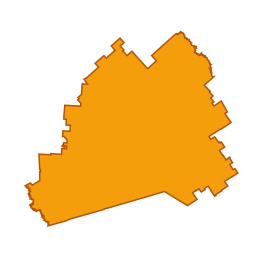 Cobar, New South Wales, Australia (Robinson projection), rotated 86°
{"feature_id": "25037944B19938962930750", "entity_name": "Cobar", "entity_type": "district", "adm_level": 2, "iso_a3": "AUS", "parent_name": "Australia", "parent_adm1": "New South Wales", "projection": "robinson", "projection_center": [145.926, -31.966], "detail": "fine", "context": "isolated", "style": "filled", "palette": "amber", "viewbox_px": 256, "rotation_deg": 86, "n_neighbors": 0, "source": "geoboundaries", "source_scale": "gbopen_adm2", "svg_char_len": 5678}
<svg xmlns="http://www.w3.org/2000/svg" viewBox="0 0 256 256"><g transform="rotate(86 128 128)"><path d="M196.8,39.3L192.8,32.5L188.0,35.4L180.6,21.5L176.0,24.2L176.9,25.9L171.5,29.0L169.9,26.1L165.8,28.4L164.3,28.5L164.2,28.9L164.8,29.8L165.3,30.1L166.4,31.9L166.7,32.0L166.6,32.7L166.0,32.7L161.5,35.3L161.6,35.6L156.8,38.3L153.8,32.9L148.7,35.7L149.3,36.8L148.9,37.3L148.2,37.4L148.9,38.4L142.9,42.2L145.1,46.1L142.1,47.8L135.2,35.2L135.5,35.0L129.7,24.8L120.2,30.4L119.0,27.7L107.6,33.1L112.0,40.6L109.3,42.5L107.8,40.5L104.0,43.5L101.9,40.9L98.0,44.3L97.3,43.4L90.6,48.9L82.7,38.7L82.7,39.6L82.0,40.7L80.3,41.0L79.7,40.7L78.5,40.7L78.3,41.3L78.6,41.7L78.1,41.9L77.8,41.9L77.1,40.9L76.4,40.7L75.8,40.9L75.6,41.2L76.0,41.4L75.7,42.1L75.0,41.5L74.6,41.8L74.8,41.3L74.6,41.2L74.1,42.3L73.8,41.1L73.4,41.7L73.0,41.3L72.4,41.5L71.9,41.2L70.9,41.3L70.4,40.6L70.1,41.0L70.5,41.8L69.9,42.3L69.6,42.3L69.6,41.9L69.4,41.7L68.7,42.3L68.5,42.0L68.7,41.6L67.9,42.3L67.6,42.3L67.2,42.9L66.1,42.9L65.4,43.9L64.6,44.5L63.6,44.2L63.2,44.6L62.8,46.1L61.9,45.8L61.9,46.2L62.5,46.5L62.0,46.8L61.7,46.2L61.1,46.2L61.1,46.8L61.5,47.3L61.0,47.5L60.6,48.1L60.1,48.1L60.1,48.4L60.9,48.6L60.7,48.9L60.0,49.0L60.2,49.3L59.9,49.6L59.9,50.0L59.0,49.6L58.9,50.1L58.7,50.0L59.0,50.5L59.5,50.5L59.5,50.8L60.1,50.9L60.7,51.9L59.7,52.6L59.2,52.6L59.6,53.3L59.2,53.8L58.6,53.8L58.1,54.2L58.1,54.5L58.7,54.6L58.7,54.8L57.7,55.0L57.6,55.9L57.2,56.4L56.6,56.4L56.4,55.7L55.4,55.7L55.2,55.1L54.1,55.4L54.3,55.7L53.9,55.8L53.6,55.2L53.1,54.9L53.1,54.6L52.8,54.9L52.3,54.4L51.8,54.5L51.6,54.3L51.2,54.9L51.7,55.9L51.0,55.7L50.7,56.0L51.5,56.6L50.3,57.5L50.0,58.7L49.2,58.9L48.7,59.4L48.0,59.7L47.5,59.5L47.4,58.9L46.8,59.6L46.2,59.7L45.9,60.4L44.8,60.6L45.2,61.0L44.2,61.1L43.9,62.6L43.3,62.5L43.4,63.1L42.9,62.9L42.3,63.3L42.1,64.0L42.5,64.6L42.4,64.9L41.8,65.0L41.4,65.3L40.5,65.1L40.1,65.4L39.5,64.9L39.1,65.2L38.9,65.9L37.8,65.9L37.3,66.6L36.8,66.8L37.1,67.2L37.0,67.4L35.9,68.3L36.6,68.7L35.9,69.2L36.9,69.8L36.9,70.4L37.5,70.8L37.2,71.5L37.3,71.9L38.1,72.1L37.5,72.9L37.7,73.3L37.3,73.4L37.5,73.9L38.0,74.3L38.3,74.9L57.4,99.4L63.0,95.0L70.2,104.3L51.7,118.8L55.7,123.9L50.7,127.8L49.9,126.6L45.6,130.0L42.5,126.0L37.8,129.7L45.0,139.0L49.7,135.4L56.8,144.8L54.1,146.9L61.2,156.3L65.2,153.1L75.3,166.1L76.2,168.4L81.4,165.3L80.8,170.6L91.2,172.0L94.1,175.8L95.2,174.9L96.3,176.3L100.1,173.3L102.9,173.7L100.9,189.5L114.6,191.5L115.0,188.9L120.8,189.6L121.3,185.3L127.2,186.2L126.3,193.1L131.9,193.8L132.1,192.6L135.6,189.5L138.6,189.9L138.2,193.3L140.9,193.8L140.5,194.4L141.3,195.1L142.0,194.3L142.6,192.4L142.0,192.3L141.8,193.0L141.2,192.9L141.7,190.4L144.4,190.7L143.8,195.5L149.6,196.2L148.2,206.8L149.4,206.8L147.8,218.6L163.2,219.0L163.3,218.1L165.6,218.4L165.5,219.2L174.1,219.6L178.4,227.4L176.0,229.2L178.5,234.5L178.7,234.0L179.0,234.1L178.8,233.9L179.3,233.7L179.0,233.3L179.4,233.2L179.5,233.8L179.8,233.7L179.9,233.4L180.4,233.5L180.5,233.0L180.9,233.3L180.5,232.6L180.8,232.4L180.4,232.0L180.9,232.0L181.0,231.5L181.4,231.1L181.2,230.9L181.3,230.5L181.6,230.7L181.8,230.4L182.1,230.5L181.8,230.9L182.6,231.1L182.8,230.8L183.1,231.1L183.3,230.7L183.4,231.2L184.1,230.5L184.0,231.0L185.2,231.0L185.7,231.3L185.9,231.2L185.7,230.8L186.7,230.8L186.9,231.0L187.0,230.6L187.3,230.5L187.3,231.1L187.9,230.9L187.6,231.3L187.9,231.2L187.7,231.6L188.4,231.3L188.6,231.1L188.4,231.0L189.3,231.2L189.3,230.8L188.6,230.2L188.9,229.8L189.4,230.2L189.2,230.5L190.1,230.6L190.2,230.3L190.6,230.5L191.2,230.4L191.2,230.2L191.8,230.5L191.7,230.1L192.1,229.7L191.8,229.4L192.2,229.3L192.0,229.1L192.3,229.0L192.3,228.3L192.8,228.1L192.9,227.3L193.0,227.6L193.6,227.6L193.5,227.3L193.8,227.3L193.8,227.6L194.6,227.8L195.2,227.4L195.6,227.8L196.3,227.8L196.2,228.6L196.4,228.6L196.8,227.8L197.6,227.9L198.1,229.7L197.1,230.0L197.4,230.9L197.7,230.8L197.7,230.5L198.1,230.5L197.9,230.6L198.2,231.2L198.5,230.9L198.2,230.6L198.7,230.6L198.8,230.2L198.9,230.4L199.3,230.2L199.8,230.5L200.0,230.0L200.4,230.1L200.6,229.7L200.6,229.9L201.1,230.0L201.3,229.6L201.2,229.1L201.8,229.0L201.7,228.8L202.0,228.7L202.0,228.0L202.4,228.2L202.6,228.6L202.8,228.5L202.7,228.1L203.1,228.3L203.3,228.1L202.9,227.9L202.8,227.6L203.0,227.7L203.4,227.4L203.3,227.1L203.0,227.2L202.8,227.0L202.9,226.6L203.2,226.5L202.9,226.1L203.2,226.0L203.3,226.2L203.4,225.8L203.8,225.8L203.6,225.6L203.9,225.1L203.8,224.9L204.0,224.8L204.2,225.3L204.3,224.9L204.6,224.9L204.5,224.6L204.0,224.6L203.7,224.2L204.0,224.0L204.2,224.3L204.3,224.0L203.5,223.2L203.9,222.8L203.6,222.0L204.1,222.1L204.6,221.7L204.3,221.5L204.5,221.2L204.3,221.0L204.9,220.9L205.0,220.6L205.4,220.8L205.4,221.0L205.9,221.0L206.6,220.5L206.9,220.8L207.5,220.5L207.9,220.4L207.8,220.5L207.6,220.2L207.7,219.9L208.0,220.1L208.3,219.8L208.5,219.9L208.7,219.3L209.0,219.2L209.3,219.6L209.5,218.8L209.7,219.2L210.0,219.2L209.9,219.7L210.1,219.9L210.4,219.8L210.3,219.5L210.7,218.6L210.9,219.2L211.0,218.8L211.4,218.9L211.3,218.5L211.6,218.3L211.7,218.5L211.5,218.8L212.4,219.0L212.5,218.4L213.3,217.7L213.5,217.8L214.1,217.2L214.6,217.2L214.6,217.5L215.3,216.5L215.6,216.5L215.6,216.1L215.3,216.3L215.6,215.3L215.9,215.4L215.9,214.6L216.1,214.9L216.2,214.6L216.3,214.8L217.0,214.7L217.4,214.0L217.8,214.0L218.3,214.4L219.1,213.9L219.1,214.2L219.5,214.1L219.4,214.3L220.0,214.7L216.4,196.9L214.8,192.3L208.0,159.9L207.1,156.7L206.9,156.5L206.8,155.6L206.5,154.9L206.6,154.4L193.9,96.0L209.6,74.0L204.0,64.1L197.1,68.1L195.7,65.6L195.2,65.3L195.0,65.0L195.5,64.7L193.6,61.8L194.3,61.4L194.1,61.2L197.0,59.4L194.8,55.4L193.8,56.0L191.6,52.1L195.9,49.6L196.1,49.8L202.1,46.3L201.4,44.9L200.6,45.3L197.3,39.0L196.8,39.3Z" fill="#f59e0b" stroke="#b45309" stroke-width="1.5"/></g></svg>